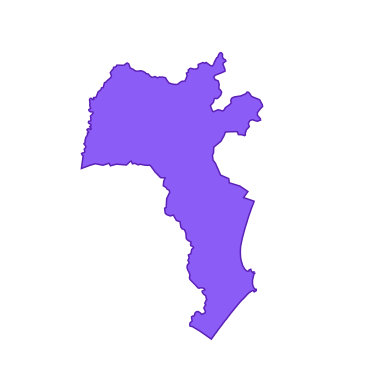 the district of Castillos, Rocha, Uruguay, rotated 340°
{"feature_id": "84410073B93691162353295", "entity_name": "Castillos", "entity_type": "district", "adm_level": 2, "iso_a3": "URY", "parent_name": "Uruguay", "parent_adm1": "Rocha", "projection": "albers", "projection_center": [-53.824, -34.08], "detail": "fine", "context": "isolated", "style": "filled", "palette": "violet", "viewbox_px": 384, "rotation_deg": 340, "n_neighbors": 0, "source": "geoboundaries", "source_scale": "gbopen_adm2", "svg_char_len": 5848}
<svg xmlns="http://www.w3.org/2000/svg" viewBox="0 0 384 384"><g transform="rotate(340 192 192)"><path d="M96.1,132.1L105.7,132.0L110.9,132.4L117.5,136.4L123.8,136.6L124.3,139.5L130.5,140.0L139.6,144.2L144.3,142.2L145.4,142.2L145.7,145.2L147.9,145.4L150.7,148.1L152.6,148.1L156.8,150.6L161.9,152.7L164.2,160.6L167.4,167.8L171.5,169.5L169.0,172.4L167.1,176.4L169.2,178.8L169.6,180.8L171.1,182.5L171.0,184.6L165.9,189.6L162.5,197.6L160.7,197.9L159.6,202.7L160.6,204.7L163.4,207.1L166.6,207.3L167.6,213.4L170.6,215.8L169.5,221.1L170.1,223.2L172.0,224.8L172.2,228.5L170.7,233.8L171.4,235.7L173.0,237.7L173.8,238.3L173.6,239.9L172.7,240.6L172.5,242.0L174.1,243.5L174.4,244.9L172.1,245.8L169.8,249.6L167.0,249.9L166.8,252.9L164.8,254.8L165.1,257.6L162.5,259.2L161.4,261.5L161.4,264.0L161.7,266.6L161.7,269.2L160.2,271.8L160.2,273.5L163.4,280.6L164.8,284.0L165.6,284.8L167.4,285.0L169.2,285.8L169.8,286.3L170.4,286.9L170.7,287.7L170.6,288.4L169.1,288.4L167.6,288.6L167.4,289.8L167.9,291.9L169.5,294.3L169.0,296.8L169.1,298.2L168.0,298.8L165.9,301.0L166.3,302.7L165.0,303.6L163.4,305.0L163.8,308.7L163.0,309.9L161.4,310.2L159.2,310.3L158.6,308.7L156.9,306.4L155.9,306.1L154.5,306.2L153.3,306.9L151.8,309.1L150.9,309.1L150.2,308.8L148.9,309.1L148.4,310.6L148.1,313.1L145.3,314.4L144.4,316.3L144.3,317.4L146.3,318.6L151.7,325.2L159.9,336.9L162.4,335.1L165.5,333.0L167.0,332.1L169.1,330.6L172.1,328.7L172.4,328.4L172.9,328.2L174.8,327.0L175.5,326.5L179.0,324.2L181.5,322.8L182.6,322.0L185.2,320.4L186.7,319.4L189.4,317.8L190.4,317.2L191.1,316.9L191.5,316.5L194.0,315.0L195.2,314.4L196.1,313.8L201.0,311.0L205.1,309.2L206.2,308.5L206.7,308.4L207.9,307.6L208.5,307.4L209.2,307.0L210.6,306.4L211.8,306.0L214.4,305.4L215.0,305.4L215.6,305.6L216.1,305.9L216.3,306.1L216.3,306.4L216.3,306.6L216.1,306.9L216.2,307.1L216.6,307.0L216.6,306.9L216.8,306.9L217.0,307.0L217.4,306.9L217.6,306.9L217.9,306.8L218.0,306.6L218.4,306.7L218.6,306.7L218.8,306.5L218.8,306.4L218.8,306.1L218.7,305.9L218.9,305.8L218.9,305.4L219.0,305.3L218.9,305.2L218.7,305.1L218.3,305.2L218.0,304.8L217.7,304.3L217.4,303.4L217.4,303.0L217.3,302.6L217.2,300.5L217.6,298.5L218.7,295.6L219.0,295.0L221.6,291.1L221.8,290.8L222.3,290.1L222.8,290.0L223.2,289.8L223.1,289.7L222.6,289.7L222.4,289.5L222.3,289.2L222.5,288.9L222.4,288.8L222.5,288.7L222.4,288.7L222.5,288.6L222.6,288.4L222.6,288.2L222.3,288.1L222.2,288.3L222.2,288.5L222.4,288.5L222.0,288.6L221.7,288.4L221.2,287.9L221.1,287.6L220.8,287.1L220.7,286.8L220.7,286.2L220.7,285.1L220.7,284.9L220.8,284.8L220.8,284.7L220.4,284.7L220.3,284.8L220.0,284.9L219.7,284.9L219.4,284.7L218.8,284.9L218.7,285.4L218.5,285.6L218.2,285.7L217.8,285.7L217.4,285.6L217.0,285.4L216.2,284.6L215.7,283.7L215.2,282.6L214.8,280.5L214.5,278.8L214.5,278.1L214.7,274.1L214.8,272.8L215.2,270.6L215.3,270.1L215.7,268.7L216.4,266.4L216.8,265.4L217.1,264.4L218.0,262.2L218.9,260.1L219.7,258.7L221.0,256.7L221.4,255.9L223.1,253.3L223.3,252.9L223.9,252.1L224.0,251.8L224.3,251.4L224.7,250.9L228.0,246.1L229.1,244.7L229.2,244.4L229.8,243.5L231.0,242.1L231.5,241.3L232.0,240.8L233.2,239.2L233.8,238.4L234.6,237.2L236.3,235.1L236.5,234.8L237.0,234.1L238.5,232.3L239.5,231.1L240.5,229.9L241.3,228.8L242.7,227.2L242.9,226.8L243.2,226.6L243.6,226.1L244.2,225.5L245.2,224.3L245.9,223.6L247.2,221.9L238.6,214.9L244.7,210.7L239.1,202.9L230.2,196.1L231.1,192.0L224.7,185.9L223.8,172.9L222.7,169.4L223.7,164.6L225.7,162.4L227.8,157.3L236.6,154.2L241.4,150.0L243.9,147.1L248.8,148.5L255.2,150.8L255.2,154.0L258.1,155.0L260.6,157.0L261.6,156.8L262.5,154.0L263.2,153.9L264.1,152.3L268.2,150.2L268.4,146.9L270.7,144.7L273.5,144.7L275.5,146.4L277.7,147.9L281.0,147.9L281.3,146.5L279.7,142.3L280.6,139.8L284.8,137.1L287.6,135.8L287.9,133.7L287.1,128.4L281.2,123.1L280.5,122.2L279.7,118.5L279.1,117.5L278.0,116.9L276.0,118.1L270.7,118.4L264.6,117.2L262.4,117.2L261.1,117.6L259.6,119.5L259.4,121.6L257.5,122.7L252.1,124.2L249.9,126.1L248.5,126.3L244.8,123.6L239.8,123.9L239.0,123.2L238.8,120.9L238.8,117.1L242.0,115.5L243.3,114.5L244.4,112.4L245.5,111.8L247.3,112.8L248.9,112.5L252.1,110.8L254.0,108.3L253.6,105.9L252.5,104.1L254.4,100.1L254.6,96.5L252.1,94.3L251.8,92.0L252.2,90.9L254.0,90.2L259.3,90.1L264.3,89.8L264.9,88.1L264.8,82.4L265.6,81.5L266.6,81.2L268.5,80.7L268.7,80.1L268.5,79.1L267.4,78.0L266.9,76.6L266.9,75.0L267.8,73.1L267.3,71.4L266.4,70.8L265.6,71.0L264.1,72.0L263.3,72.9L262.4,74.1L261.1,74.3L257.2,77.8L256.9,78.4L255.6,79.8L253.9,80.6L252.3,79.1L249.6,75.1L249.0,75.1L248.2,75.4L246.6,74.1L241.4,74.3L240.6,77.0L239.4,77.7L238.2,77.9L235.6,77.0L233.1,75.3L232.0,75.3L231.1,75.9L230.3,75.9L229.7,78.0L227.4,78.4L227.2,81.2L223.4,85.3L222.1,85.1L220.7,84.5L218.1,84.9L215.7,85.8L214.3,85.7L211.1,84.3L207.6,81.7L206.5,77.6L206.2,75.6L203.3,73.7L201.7,73.4L201.1,72.8L198.7,72.9L196.7,70.8L193.9,70.8L192.4,69.2L191.3,66.2L189.2,65.0L189.1,64.0L187.0,61.6L185.0,60.4L182.7,60.0L181.1,59.4L179.5,58.1L179.0,57.0L176.4,54.3L176.3,49.9L175.2,48.6L173.5,48.9L171.5,49.7L165.7,47.4L164.7,47.1L163.7,48.1L162.3,48.3L161.0,48.0L160.0,49.5L158.0,50.5L156.0,52.0L156.0,55.4L155.0,56.6L150.5,58.3L148.3,59.4L147.2,59.3L144.2,63.5L142.6,63.2L141.4,64.7L138.1,65.8L134.2,70.2L131.8,69.6L131.3,71.5L130.6,71.4L129.4,69.6L128.4,69.2L127.2,70.3L126.6,73.1L125.4,76.2L125.4,78.7L123.1,79.4L123.1,80.6L123.9,81.9L126.2,82.9L126.1,84.0L124.4,85.0L122.5,86.0L122.0,88.7L121.4,90.3L120.3,90.5L119.2,90.2L118.4,91.1L118.7,92.4L120.0,93.6L120.0,94.6L119.7,95.3L118.3,95.4L118.3,96.0L118.9,97.2L118.8,98.3L118.0,98.5L117.3,97.9L116.7,97.1L115.4,97.1L114.5,97.7L115.3,100.3L115.1,100.8L113.9,100.8L113.6,101.7L113.3,102.6L110.8,104.5L108.9,107.4L108.8,108.3L108.3,109.1L107.0,109.6L107.0,110.5L107.7,111.7L107.7,112.6L107.5,113.7L106.6,114.3L105.7,114.6L105.3,115.0L105.2,117.4L104.4,117.9L101.4,118.0L101.4,119.5L102.0,120.9L96.1,132.1Z" fill="#8b5cf6" stroke="#5b21b6" stroke-width="1.5"/></g></svg>